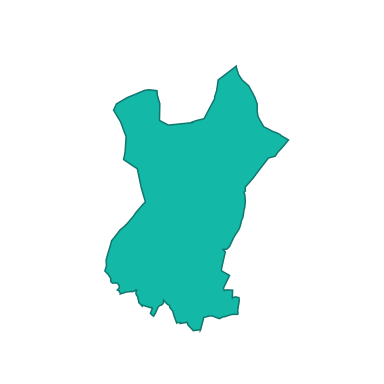 the district of Ikwerre, Rivers, Nigeria, rotated 41°
{"feature_id": "59680162B85189896765318", "entity_name": "Ikwerre", "entity_type": "district", "adm_level": 2, "iso_a3": "NGA", "parent_name": "Nigeria", "parent_adm1": "Rivers", "projection": "albers", "projection_center": [6.95, 5.081], "detail": "fine", "context": "isolated", "style": "filled", "palette": "teal", "viewbox_px": 384, "rotation_deg": 41, "n_neighbors": 0, "source": "geoboundaries", "source_scale": "gbopen_adm2", "svg_char_len": 4354}
<svg xmlns="http://www.w3.org/2000/svg" viewBox="0 0 384 384"><g transform="rotate(41 192 192)"><path d="M79.1,181.7L92.1,185.9L106.0,193.5L115.3,205.7L119.1,212.4L129.8,211.1L135.4,210.3L151.1,222.2L163.4,230.1L163.1,233.3L163.1,236.6L163.1,243.6L163.7,249.1L163.8,259.6L163.5,260.7L163.6,261.7L162.6,267.9L163.1,275.3L163.2,277.9L163.3,281.0L163.2,281.3L165.4,285.8L169.0,293.8L171.8,299.7L176.1,304.1L177.2,306.9L178.1,308.8L182.8,309.2L184.6,309.7L187.8,310.7L188.5,312.0L190.0,313.0L191.8,312.9L194.8,310.1L197.0,310.0L199.1,310.8L200.1,312.7L199.9,315.0L200.4,314.9L201.8,314.3L202.0,314.6L202.7,315.0L203.1,315.1L204.0,315.2L204.4,315.3L204.6,315.6L204.8,316.0L205.8,314.3L206.9,312.6L207.5,311.4L207.7,311.0L208.1,310.5L208.9,309.8L209.3,309.2L209.9,308.6L210.6,307.8L211.0,307.3L211.3,307.1L211.9,306.7L212.3,306.4L212.5,306.2L212.9,305.8L213.1,305.4L213.3,305.0L213.5,304.4L213.6,304.0L213.7,303.7L213.7,303.3L213.8,303.0L213.9,302.8L214.2,302.7L214.7,302.3L215.0,302.8L215.0,303.0L214.9,303.3L214.9,303.6L215.0,303.7L215.8,304.8L216.7,305.8L217.0,305.9L219.2,306.6L221.2,307.8L222.2,308.6L223.2,309.3L224.5,310.4L225.6,310.4L226.4,310.5L228.0,310.7L229.4,310.8L229.0,309.9L232.3,308.4L234.2,307.6L235.8,306.9L237.3,306.2L237.2,305.7L238.5,305.8L238.8,306.9L239.2,308.1L239.8,309.7L240.1,310.8L242.1,311.1L243.7,311.0L244.5,310.9L243.8,307.0L243.0,304.9L242.7,303.7L242.1,301.8L241.9,300.7L241.9,299.7L242.2,298.9L242.9,297.6L243.2,297.0L243.3,296.3L243.3,295.6L243.3,295.2L243.3,294.7L241.6,292.3L244.3,292.6L245.3,292.7L246.3,292.8L246.8,292.9L247.2,292.9L247.3,292.9L248.1,292.7L248.8,292.5L249.2,292.5L249.4,292.5L249.7,292.6L249.9,292.7L250.2,292.9L250.4,293.2L250.8,293.5L251.1,293.7L251.6,293.8L252.9,294.1L253.5,294.2L254.2,294.3L254.9,294.5L255.4,294.5L255.7,294.7L256.5,295.2L257.1,295.6L257.9,296.1L261.5,298.3L262.2,298.6L263.3,299.2L264.1,299.7L265.2,300.3L266.0,300.7L266.4,300.9L266.4,300.5L266.5,300.4L266.9,300.0L267.4,299.5L267.9,299.1L268.2,298.9L268.6,298.4L269.4,299.0L273.4,294.0L273.7,293.5L274.9,294.2L275.8,294.7L276.3,294.9L276.6,295.1L277.1,295.2L277.7,295.2L279.0,295.3L282.9,295.7L283.7,295.8L284.0,295.8L284.7,294.9L286.5,292.9L287.8,291.3L288.2,290.8L288.4,290.7L288.6,290.7L288.7,290.9L288.8,290.9L289.0,291.1L288.8,290.2L288.2,289.0L287.5,287.6L286.7,286.0L285.9,284.3L285.0,282.6L284.3,281.1L283.3,279.2L283.2,279.1L283.6,278.4L284.3,277.3L285.4,275.8L286.1,274.5L286.5,274.1L287.0,273.6L288.0,272.9L288.5,272.5L288.9,272.1L290.2,271.6L290.4,271.6L291.3,271.3L292.2,271.0L293.5,270.5L294.1,270.3L295.1,269.9L295.5,269.7L295.9,269.4L296.1,269.1L296.3,268.4L296.6,267.6L296.8,266.8L297.1,266.3L297.4,265.9L297.9,265.4L298.1,265.1L298.5,264.7L299.3,263.3L301.3,259.9L301.5,259.7L302.0,258.8L302.6,258.1L303.7,257.0L304.1,256.7L305.3,255.6L306.0,255.1L306.5,254.6L306.8,254.2L306.2,253.3L304.5,251.7L304.2,251.3L303.6,250.5L303.2,249.8L302.6,248.9L301.9,247.8L301.6,247.4L300.8,245.9L299.9,244.5L299.3,243.5L299.0,243.1L298.8,242.9L298.4,242.6L298.1,242.3L297.3,241.4L296.7,240.9L295.5,241.7L295.0,241.9L294.8,242.0L294.2,242.2L293.9,242.4L293.7,242.5L293.4,242.9L292.8,243.7L292.3,244.6L292.2,244.9L292.1,245.7L291.9,245.6L290.6,243.8L288.5,241.3L287.0,239.4L284.0,241.9L282.1,243.3L281.1,245.2L280.0,244.6L278.8,244.0L275.1,230.3L266.4,232.1L265.6,231.7L264.7,230.7L256.4,215.3L255.8,215.3L253.1,215.0L255.0,213.2L255.7,212.3L256.0,210.4L256.0,208.2L253.7,200.3L252.9,196.9L252.2,191.2L251.8,189.0L250.9,186.4L250.0,184.8L249.7,183.9L248.8,182.5L247.5,179.4L247.1,177.9L244.6,173.7L243.1,171.7L242.1,169.4L240.1,166.4L237.7,163.3L236.7,162.4L235.3,161.0L233.1,159.0L231.5,158.3L231.5,157.3L231.6,156.2L231.1,155.7L229.0,153.4L229.0,141.1L228.5,135.0L228.1,128.4L227.4,116.1L231.3,110.5L230.7,106.1L230.9,97.4L230.7,89.4L227.2,90.0L224.4,90.6L222.1,91.0L221.0,90.9L220.6,90.9L219.0,91.3L216.9,91.8L215.3,92.5L212.8,93.4L203.3,95.7L199.0,94.2L196.8,93.5L194.7,92.7L192.0,91.5L188.0,88.1L186.4,86.2L183.6,82.9L177.3,79.3L165.2,74.7L156.3,74.6L154.7,74.1L152.3,73.5L150.1,72.8L148.1,71.6L143.9,69.0L142.8,68.0L138.3,90.1L139.0,91.5L141.6,95.4L144.2,99.6L146.7,105.4L147.9,106.9L153.0,128.8L148.6,135.0L146.1,139.3L146.7,139.5L130.3,157.0L120.5,159.3L109.7,146.4L105.9,144.0L102.4,141.7L99.1,138.5L92.5,143.0L89.6,146.3L81.1,163.4L77.2,175.0L79.1,181.7Z" fill="#14b8a6" stroke="#0f766e" stroke-width="1.5"/></g></svg>